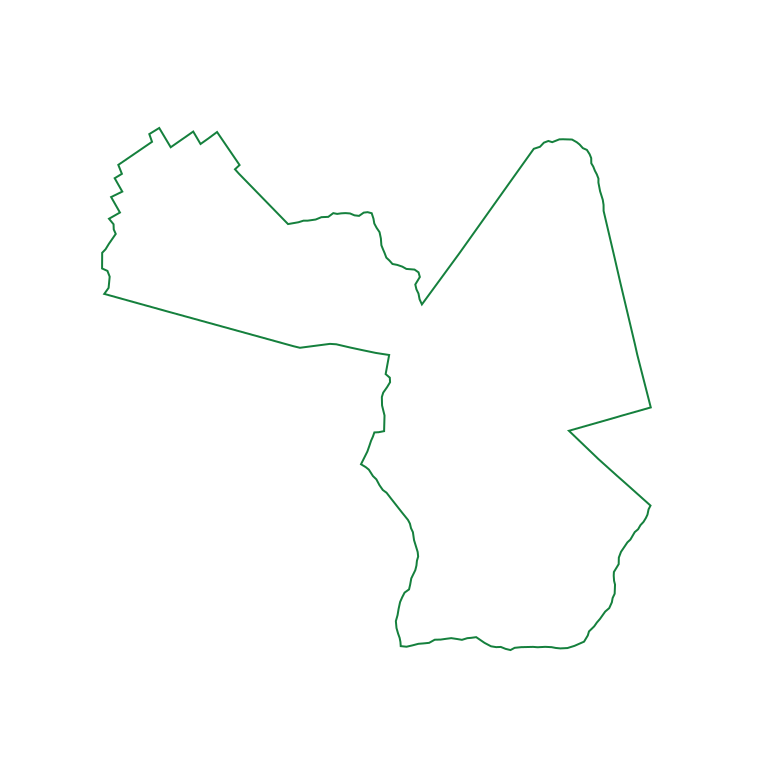 Castanhal, Pará, Brazil, rotated 169°
{"feature_id": "56859067B13646030558051", "entity_name": "Castanhal", "entity_type": "district", "adm_level": 2, "iso_a3": "BRA", "parent_name": "Brazil", "parent_adm1": "Pará", "projection": "orthographic", "projection_center": [-47.869, -1.265], "detail": "fine", "context": "isolated", "style": "outline", "palette": "green", "viewbox_px": 768, "rotation_deg": 169, "n_neighbors": 0, "source": "geoboundaries", "source_scale": "gbopen_adm2", "svg_char_len": 2865}
<svg xmlns="http://www.w3.org/2000/svg" viewBox="0 0 768 768"><g transform="rotate(169 384 384)"><path d="M417.6,123.5L412.0,121.8L405.9,122.0L399.8,122.4L394.5,121.8L389.1,121.3L383.0,123.3L377.1,122.3L371.2,122.0L366.5,121.7L361.1,119.8L356.3,118.0L350.7,118.6L346.9,118.2L341.8,117.9L334.7,110.7L329.0,106.1L324.1,104.3L319.5,103.6L315.2,100.8L310.6,98.7L306.1,100.1L299.6,99.5L293.7,98.5L287.8,97.5L283.5,96.3L275.8,95.2L269.7,93.7L265.7,92.1L261.3,90.8L254.3,89.8L247.0,90.6L236.8,92.9L231.9,98.3L230.0,102.0L223.9,106.0L220.6,109.2L216.8,112.2L210.3,118.4L205.7,121.0L202.0,126.2L200.4,130.3L197.6,134.1L195.5,143.0L195.7,146.9L195.1,151.9L194.2,155.6L188.0,162.4L186.6,168.8L183.4,174.0L175.3,182.1L171.8,184.3L166.1,190.8L162.3,192.9L159.2,196.5L155.6,199.1L152.5,202.5L150.3,205.5L148.2,210.5L145.6,213.8L165.5,240.0L169.8,245.6L172.6,249.2L188.0,269.6L211.4,302.8L161.3,307.1L157.4,307.5L126.6,310.1L129.0,350.8L129.8,364.5L130.1,375.1L132.7,438.7L133.6,465.0L135.4,512.0L134.3,517.9L134.1,523.0L135.1,532.0L135.1,540.8L134.3,544.7L135.1,549.2L136.3,553.2L137.1,557.5L138.4,561.1L137.5,566.2L138.3,570.3L140.2,575.1L143.8,577.6L146.3,581.8L148.7,584.6L152.8,588.1L161.2,590.0L165.1,590.7L172.7,589.3L176.3,591.2L181.0,590.4L185.6,587.1L192.1,586.3L223.3,556.7L285.0,498.0L331.6,454.9L332.9,460.3L332.9,466.2L334.1,470.7L334.3,475.7L328.4,482.2L328.8,487.0L332.2,490.5L340.1,492.7L343.6,495.7L348.3,498.4L352.8,500.2L355.2,504.3L357.6,507.6L358.4,512.3L359.3,516.5L360.1,520.7L359.3,527.4L359.4,533.9L361.5,538.8L362.9,543.4L362.8,548.3L363.5,554.0L367.3,555.8L371.2,556.1L376.4,553.8L380.8,555.2L384.8,557.9L389.2,559.1L393.5,559.7L397.5,559.9L401.2,561.4L406.8,558.7L413.6,559.7L419.7,558.5L427.8,558.9L431.8,559.7L437.1,559.1L447.7,559.3L486.4,618.3L489.3,623.2L484.0,626.5L499.8,663.2L510.1,658.3L518.3,654.6L523.1,668.2L548.2,657.1L555.8,678.2L566.7,674.1L565.5,666.0L603.0,649.8L601.2,640.3L609.1,637.4L604.2,622.8L616.2,619.6L610.5,602.7L622.4,598.7L619.0,592.4L619.8,587.3L618.7,582.5L627.3,574.1L631.6,569.4L635.6,566.6L638.7,551.2L633.9,547.8L632.8,541.7L636.0,530.9L641.4,525.8L582.1,496.2L465.5,438.3L459.6,435.6L429.4,433.7L423.3,432.1L410.1,426.2L398.6,421.3L386.2,416.1L379.3,413.6L373.4,411.5L380.5,393.4L377.1,389.1L377.7,384.6L381.6,380.3L386.4,375.7L388.6,371.6L390.0,363.3L389.5,353.0L392.9,337.7L398.6,337.7L402.7,338.3L404.9,334.5L407.5,330.8L410.1,326.2L413.2,320.9L421.9,309.6L417.8,305.9L415.2,302.8L412.4,295.7L409.7,291.9L407.7,285.4L405.4,280.2L402.2,276.7L398.9,270.1L390.9,254.5L386.4,246.0L385.2,242.0L385.0,237.3L383.9,233.0L384.3,225.0L383.0,212.7L383.4,208.1L385.4,204.2L386.8,199.6L388.8,195.3L394.3,188.0L396.6,182.1L398.6,177.6L403.6,175.3L406.9,171.1L409.8,166.9L412.6,160.4L414.8,154.5L417.6,149.0L418.3,142.1L417.8,136.4L417.1,131.8L417.1,127.6L417.6,123.5Z" fill="none" stroke="#15803d" stroke-width="2"/></g></svg>